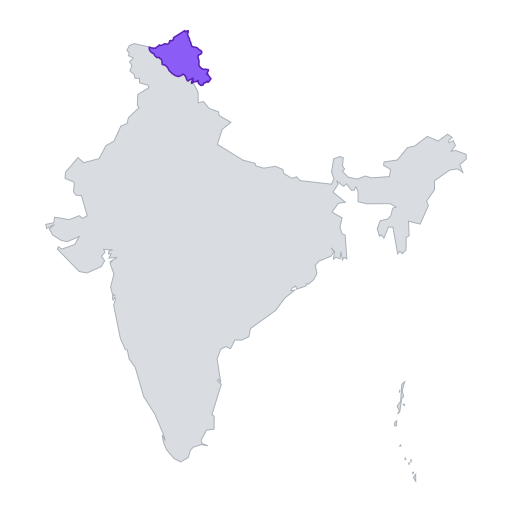 Ladakh highlighted on a map of India
{"feature_id": "IND-20012", "entity_name": "Ladakh", "entity_type": "Union Territory", "adm_level": 1, "iso_a3": "IND", "parent_name": "India", "parent_adm1": "", "projection": "mercator", "projection_center": [77.875, 33.921], "detail": "fine", "context": "in_parent", "style": "filled", "palette": "violet", "viewbox_px": 512, "rotation_deg": 0, "n_neighbors": 0, "source": "natural_earth", "source_scale": "10m", "svg_char_len": 6912}
<svg xmlns="http://www.w3.org/2000/svg" viewBox="0 0 512 512"><path d="M45.7,224.4L53.8,222.7L54.6,217.2L69.3,219.6L79.2,215.7L82.5,218.4L87.2,215.8L81.5,195.7L76.0,195.1L73.6,191.8L74.3,182.2L65.0,178.4L65.5,172.2L78.0,157.6L83.7,162.7L99.1,158.6L105.9,145.7L114.0,141.1L120.9,126.1L127.1,123.5L128.4,117.7L139.0,107.7L137.3,105.1L137.8,94.4L148.9,87.7L147.6,85.0L139.7,82.9L139.4,78.4L134.9,78.2L134.2,74.4L129.9,71.0L132.0,65.5L129.5,61.8L133.4,57.9L128.4,55.7L129.4,52.9L126.9,50.4L129.3,45.6L134.2,43.6L154.5,48.2L167.2,44.1L184.6,30.7L188.1,31.0L187.7,35.1L192.2,46.4L201.5,51.7L198.0,56.7L199.1,65.6L203.9,71.3L205.1,82.8L200.8,85.3L197.6,81.2L193.1,82.5L198.1,92.1L198.2,102.8L203.5,101.5L209.0,108.4L218.5,111.8L219.1,115.5L230.9,122.3L222.1,129.5L217.4,144.4L243.1,160.2L255.0,163.3L255.8,165.8L263.8,168.2L275.3,166.3L282.8,169.4L283.9,173.6L291.9,178.3L296.6,176.8L299.9,180.6L331.6,184.2L334.0,178.7L331.5,172.1L333.7,158.8L340.0,156.5L343.3,157.9L342.5,165.8L344.6,169.1L342.4,171.4L348.3,177.2L357.1,179.1L365.5,176.0L371.2,177.9L389.4,176.6L390.6,169.5L383.5,165.2L384.1,161.9L397.3,160.0L407.4,147.7L414.8,146.0L427.2,136.4L438.2,141.0L447.6,134.2L452.2,137.5L448.8,140.2L449.0,142.8L453.3,140.7L455.4,145.5L451.1,151.2L455.7,150.5L466.1,154.4L466.3,159.0L459.7,164.7L462.9,172.4L457.6,168.9L449.8,170.0L434.5,180.7L434.5,189.7L426.6,201.2L428.4,205.6L420.1,224.1L408.5,221.2L409.1,235.8L406.2,237.4L406.0,249.9L402.5,253.7L399.8,251.4L397.7,253.8L392.9,227.2L388.4,227.1L383.9,238.2L381.2,234.8L379.5,236.3L377.3,228.8L380.2,220.7L387.6,219.1L390.8,215.7L392.7,208.2L396.1,207.2L390.1,203.6L366.9,203.8L358.1,201.7L358.0,191.3L355.8,186.9L354.0,190.3L351.4,190.3L346.4,183.8L343.6,186.3L337.0,181.3L338.0,184.4L332.9,192.1L345.4,202.2L338.3,203.3L332.0,212.2L342.1,217.8L339.9,227.3L342.1,233.9L345.1,235.0L346.9,258.9L344.1,257.5L342.4,260.0L340.9,251.6L340.1,258.8L335.8,257.3L333.5,259.2L334.5,251.3L330.9,247.7L334.0,251.6L331.0,256.2L318.7,261.3L315.3,265.3L316.9,273.6L313.7,279.6L308.3,284.3L306.4,283.6L306.0,286.0L296.7,289.1L295.7,286.1L292.0,288.1L291.0,290.6L294.8,290.1L285.1,297.8L275.5,310.5L250.4,328.6L248.9,336.6L241.8,340.1L234.9,340.0L230.5,348.7L225.7,346.6L220.6,349.4L217.1,358.9L220.8,382.6L218.6,379.2L217.2,380.8L221.3,384.4L211.9,414.6L214.2,416.3L214.0,429.2L206.5,430.1L201.1,440.2L202.2,443.6L207.9,445.7L201.6,444.6L193.6,447.0L190.3,450.1L188.4,457.5L180.6,461.9L174.0,458.5L166.7,449.9L163.4,441.9L162.2,435.0L165.3,440.7L163.7,435.0L154.7,413.9L143.5,396.2L135.3,367.5L129.1,358.9L127.4,350.2L125.2,349.4L120.3,338.1L113.6,305.1L115.5,299.4L115.0,297.4L113.0,300.1L112.6,298.5L112.7,295.1L115.2,295.5L112.4,294.1L110.6,287.0L113.9,274.0L110.0,263.2L111.6,261.7L109.8,261.9L117.0,257.4L108.8,258.2L111.1,253.9L108.5,253.9L109.0,251.0L112.7,249.9L103.6,249.3L105.0,252.1L101.5,256.3L104.7,260.8L101.2,266.6L86.9,273.0L79.2,271.5L57.3,249.0L58.5,246.7L61.7,249.1L74.7,244.6L79.2,236.5L67.3,241.7L61.1,240.3L52.6,234.9L49.3,228.9L54.5,224.5L46.7,228.5L45.7,224.4ZM399.8,411.3L397.1,406.4L400.7,401.2L401.7,384.4L404.7,381.7L402.2,390.6L403.7,396.6L401.8,398.1L399.8,411.3ZM415.7,474.2L415.7,481.3L413.3,477.4L415.7,474.2ZM396.6,425.8L394.7,425.9L394.5,422.9L396.7,420.7L396.6,425.8ZM409.2,462.8L409.1,464.9L408.6,463.0L409.2,462.8ZM411.5,460.0L410.7,462.7L410.9,459.8L411.5,460.0ZM413.8,471.7L413.0,473.8L412.4,473.0L413.8,471.7ZM401.0,446.0L399.7,446.1L400.4,444.9L401.0,446.0ZM399.3,412.4L398.0,413.5L398.6,411.7L399.3,412.4ZM404.0,404.0L404.7,406.0L403.1,404.5L404.0,404.0ZM405.8,459.5L404.7,459.1L405.2,458.0L405.8,459.5ZM399.9,390.5L399.3,392.7L399.6,390.3L399.9,390.5Z" fill="#d9dde1" stroke="#a8b0b8" stroke-width="1"/><path d="M184.6,30.7L184.8,31.1L185.1,31.5L185.4,31.8L185.8,31.9L186.2,31.7L186.9,31.0L187.3,30.8L188.1,30.8L188.3,31.5L188.1,32.5L187.7,33.3L187.5,34.7L188.0,36.1L189.4,38.5L189.5,39.1L189.6,40.5L189.8,41.1L190.4,41.8L190.6,42.1L191.4,45.5L191.8,46.1L192.3,46.6L193.0,46.9L196.3,47.4L197.1,47.8L198.3,48.8L199.1,49.7L199.6,50.1L200.3,50.2L200.8,50.5L201.2,50.9L201.3,51.0L201.6,51.6L201.7,52.0L201.8,52.4L201.7,52.8L201.6,53.2L200.5,54.2L199.1,54.8L198.0,55.6L197.9,57.1L198.6,59.2L198.9,60.3L199.0,61.4L198.8,64.7L199.1,65.7L199.4,66.3L200.7,67.6L201.4,68.3L201.8,68.6L202.3,68.8L202.7,69.0L203.0,69.2L203.3,69.3L203.7,69.3L204.1,69.2L205.7,69.2L206.8,69.5L208.0,69.5L208.5,70.0L208.0,71.5L207.3,72.3L207.4,73.2L207.7,73.8L206.8,74.0L206.7,74.4L207.4,74.6L207.9,74.7L208.7,75.8L210.1,77.8L210.8,78.3L210.9,78.9L210.2,79.9L209.6,80.3L209.4,81.0L208.7,81.7L208.3,82.2L207.8,82.3L207.4,81.5L206.5,81.3L206.1,82.3L205.3,82.8L205.0,82.7L204.7,82.8L204.3,82.9L203.8,83.1L203.6,83.3L203.4,83.7L203.3,84.7L203.0,85.0L202.9,85.1L202.5,85.0L202.3,84.9L202.1,85.0L201.8,85.2L201.6,85.2L201.1,85.5L200.6,85.3L200.2,85.0L199.8,84.5L198.6,83.5L198.4,82.9L198.1,82.1L198.1,81.8L198.2,81.5L198.3,81.2L198.3,80.9L198.1,80.6L197.8,80.5L197.5,80.6L197.1,81.1L196.8,81.4L196.6,81.5L196.0,81.6L194.0,81.7L193.4,81.8L193.1,82.0L193.0,82.4L192.7,82.6L192.0,83.3L191.9,83.3L191.7,83.3L191.6,83.2L191.4,82.8L191.5,82.5L191.6,82.3L191.6,82.1L191.7,81.5L191.8,81.3L191.9,81.2L192.0,81.0L192.3,80.8L192.7,80.6L192.8,80.4L193.0,80.1L193.0,79.9L193.0,79.4L193.0,79.2L193.0,78.9L192.9,78.5L192.8,78.4L192.7,78.3L192.6,78.2L192.3,78.3L192.2,78.3L192.1,78.7L192.0,78.8L191.9,78.9L191.5,79.0L191.4,79.1L191.2,79.4L191.0,79.5L190.8,79.6L190.5,79.5L190.3,79.5L190.1,79.6L189.7,79.9L189.4,79.9L189.2,80.0L188.9,80.2L188.8,80.3L188.7,80.4L188.5,80.6L188.4,80.8L188.1,80.9L187.6,80.9L187.4,80.8L187.3,80.5L187.3,80.3L187.1,80.1L186.8,79.7L186.6,79.5L186.5,79.2L186.5,78.3L186.4,78.1L186.2,77.9L186.0,77.6L185.5,76.4L185.0,75.8L184.1,74.9L183.8,74.5L183.7,74.2L183.4,74.0L183.2,74.0L182.8,74.3L182.6,74.5L182.4,74.7L182.1,74.8L181.8,74.9L181.5,75.3L181.3,75.5L181.1,75.6L180.9,75.7L180.3,75.8L180.0,76.0L179.5,76.1L178.8,76.2L178.7,76.2L178.6,76.3L178.5,76.5L178.4,76.5L178.1,76.5L176.3,75.9L175.0,75.5L174.4,75.1L173.1,74.1L172.5,73.8L172.2,73.7L171.7,73.0L170.9,72.3L170.6,72.1L169.8,71.0L169.5,70.9L169.3,70.9L168.6,69.6L168.0,68.2L167.0,66.9L165.7,65.6L164.2,65.0L163.1,64.7L162.2,64.4L162.0,63.0L162.1,61.7L161.7,60.5L161.1,59.2L159.7,58.3L159.4,57.8L159.0,57.3L158.4,57.5L156.9,57.6L156.3,57.1L155.6,56.4L154.9,55.8L154.3,54.9L154.2,54.1L153.8,53.5L152.7,53.3L151.0,52.1L149.7,50.5L149.2,48.8L149.3,47.2L153.1,48.3L153.7,48.3L154.5,48.1L154.8,48.1L155.5,48.2L156.0,47.9L156.9,47.0L157.8,46.3L158.2,46.2L158.3,46.1L158.5,45.9L158.8,45.4L159.0,45.1L159.5,45.0L160.4,45.4L160.9,45.4L162.4,45.0L164.4,43.9L165.0,43.6L165.5,43.7L166.2,44.2L166.4,44.3L166.6,44.3L167.9,44.0L168.1,43.9L169.4,42.7L169.5,42.3L169.5,41.4L169.6,41.0L169.9,40.7L170.5,40.5L171.0,40.5L171.4,40.6L171.7,40.8L172.0,40.9L172.1,40.7L172.4,40.4L173.3,39.7L173.5,39.4L173.6,38.9L173.5,38.4L173.4,38.0L173.7,37.6L173.8,37.5L179.2,34.1L184.6,30.7Z" fill="#8b5cf6" stroke="#5b21b6" stroke-width="1.5"/></svg>